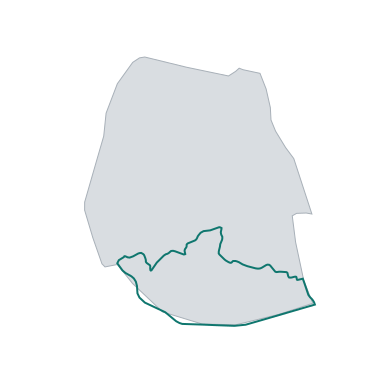 where Shiselweni sits in eSwatini, rotated 343°
{"feature_id": "SWZ-537", "entity_name": "Shiselweni", "entity_type": "District", "adm_level": 1, "iso_a3": "SWZ", "parent_name": "eSwatini", "parent_adm1": "", "projection": "mercator", "projection_center": [31.425, -27.036], "detail": "fine", "context": "in_parent", "style": "outline", "palette": "teal", "viewbox_px": 384, "rotation_deg": 343, "n_neighbors": 0, "source": "natural_earth", "source_scale": "10m", "svg_char_len": 2465}
<svg xmlns="http://www.w3.org/2000/svg" viewBox="0 0 384 384"><g transform="rotate(343 192 192)"><path d="M273.3,87.4L276.6,90.0L291.7,98.4L293.0,115.1L291.6,134.2L288.6,146.2L289.7,158.2L294.5,176.9L299.1,189.8L300.2,248.1L295.1,245.5L285.8,243.0L280.9,244.1L276.4,270.3L273.0,309.4L275.0,333.7L239.7,334.4L195.2,331.8L163.2,321.3L128.8,298.1L108.4,262.1L99.4,239.5L86.9,238.2L84.9,234.4L83.8,206.9L84.0,178.0L86.4,170.3L109.5,134.8L123.9,112.8L132.9,91.5L152.3,66.6L173.2,50.7L181.0,48.4L186.3,49.1L223.1,71.0L260.8,91.7L269.0,89.4L273.3,87.4Z" fill="#d9dde1" stroke="#a8b0b8" stroke-width="1"/><path d="M158.4,320.2L144.1,315.3L141.7,313.6L139.1,311.0L131.3,299.2L114.6,284.0L110.9,277.6L110.2,273.0L111.9,265.8L112.1,261.3L111.1,257.6L109.4,254.9L104.7,250.0L102.6,246.7L99.7,238.3L102.1,235.8L107.5,234.4L108.3,234.0L108.5,233.7L108.9,233.7L109.6,234.1L111.4,235.7L113.2,236.5L116.9,236.3L122.6,235.1L124.1,235.1L125.6,235.4L127.0,236.9L127.6,237.8L127.8,238.8L128.0,241.4L128.0,243.0L127.8,244.2L127.5,245.1L127.6,245.8L128.0,246.7L130.3,249.7L130.4,250.4L130.3,251.1L129.7,252.8L129.5,253.8L129.4,254.7L129.7,255.1L130.4,255.0L137.7,249.2L146.4,244.6L148.6,243.9L150.4,243.9L151.8,243.6L153.3,242.9L154.8,242.3L156.7,242.7L158.4,243.7L165.8,249.3L166.9,249.5L167.4,249.4L167.6,246.9L167.7,246.1L168.1,245.3L168.7,244.5L170.3,243.3L170.9,242.5L171.2,241.7L171.4,240.9L171.9,240.4L173.0,239.9L180.7,239.2L182.2,238.6L183.6,237.3L184.5,236.1L185.7,235.2L188.3,233.5L191.6,232.8L198.2,234.0L207.7,233.6L208.8,234.2L209.7,235.1L209.2,236.3L207.8,238.8L207.6,240.1L207.5,241.4L207.9,243.6L207.5,245.0L206.8,246.5L203.8,250.1L202.7,252.5L200.7,255.8L200.1,257.0L199.6,258.6L200.0,259.9L203.4,266.1L204.3,267.4L206.4,269.7L207.6,270.7L208.5,271.1L209.5,270.9L210.4,270.3L211.2,270.0L212.4,270.4L213.4,270.7L214.7,271.5L216.3,272.8L219.2,276.0L223.2,279.1L230.5,283.6L232.0,284.3L233.5,284.8L235.1,285.0L236.7,284.8L241.4,283.6L242.8,283.5L244.4,284.1L245.3,285.2L248.3,292.5L249.2,293.2L250.5,293.5L252.0,293.7L253.6,294.2L258.8,296.2L259.3,296.7L259.6,297.2L259.4,300.4L259.5,301.2L259.9,302.2L261.0,302.6L262.3,302.9L265.1,303.0L266.5,303.3L266.9,303.7L266.9,304.5L266.8,305.5L266.7,306.5L267.2,306.9L267.9,307.0L272.6,307.3L272.8,310.8L273.2,324.4L274.1,327.1L275.2,329.1L276.0,331.1L276.5,333.2L276.6,335.6L262.0,335.4L246.3,335.2L222.5,334.9L204.5,334.6L193.5,332.4L176.7,326.6L164.2,322.2L158.4,320.2Z" fill="none" stroke="#0f766e" stroke-width="2"/></g></svg>